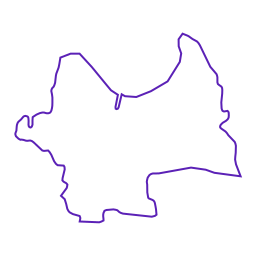 outline of South Tipperary
{"feature_id": "IRL-5572", "entity_name": "South Tipperary", "entity_type": "County", "adm_level": 1, "iso_a3": "IRL", "parent_name": "Ireland", "parent_adm1": "", "projection": "mercator", "projection_center": [-7.948, 52.469], "detail": "fine", "context": "isolated", "style": "outline", "palette": "violet", "viewbox_px": 256, "rotation_deg": 0, "n_neighbors": 0, "source": "natural_earth", "source_scale": "10m", "svg_char_len": 2496}
<svg xmlns="http://www.w3.org/2000/svg" viewBox="0 0 256 256"><path d="M240.6,176.3L214.4,172.8L205.7,169.7L191.0,167.6L158.8,173.4L152.7,173.5L151.1,174.0L149.5,175.0L147.7,177.6L147.1,179.9L146.8,181.8L147.2,184.6L147.3,192.4L148.2,197.7L148.8,198.4L152.4,199.9L153.4,200.5L154.2,201.4L154.7,202.5L155.0,203.7L155.5,206.3L156.0,209.2L156.5,214.7L154.9,215.9L151.8,216.7L122.9,213.6L120.6,212.8L119.1,211.9L117.4,210.3L115.8,209.8L113.4,209.4L106.4,210.0L104.5,210.8L103.5,213.0L103.2,214.7L103.2,216.3L103.5,219.1L103.5,220.5L101.3,221.6L99.2,222.3L79.7,221.5L80.3,218.4L80.2,217.4L79.6,216.0L72.9,214.1L69.6,212.3L68.4,210.9L67.3,208.8L66.2,204.0L64.7,199.2L61.0,195.8L66.7,188.0L67.1,186.5L67.4,184.6L66.7,183.7L65.8,182.9L64.6,182.3L63.5,181.6L62.4,180.4L62.6,178.1L64.7,169.4L64.5,167.0L63.7,165.6L57.6,165.2L55.9,163.8L54.1,161.2L51.3,154.8L49.6,152.1L48.1,150.5L44.0,150.9L42.3,150.5L33.6,142.3L31.8,141.0L30.1,140.5L27.4,140.8L26.0,140.7L23.5,139.9L21.5,139.6L20.5,139.6L20.4,139.7L19.7,139.4L18.5,138.7L16.0,136.3L15.4,134.6L15.4,133.3L16.4,130.6L16.7,126.7L16.9,125.1L17.3,123.8L17.8,122.6L18.5,121.7L21.1,119.4L23.1,117.0L23.6,116.5L24.4,116.1L25.5,115.9L26.6,116.2L27.5,116.5L28.0,117.0L28.2,117.4L28.4,118.2L28.5,119.4L28.6,120.9L28.5,124.8L28.8,126.3L29.5,127.2L30.7,127.5L31.8,126.6L32.5,124.7L32.5,120.3L32.7,117.2L33.0,116.9L36.5,114.6L39.9,113.1L42.5,112.5L43.9,112.5L46.3,113.2L47.6,113.3L48.7,113.2L49.7,112.8L50.2,112.5L50.6,112.0L50.9,111.5L51.4,110.5L52.0,108.0L52.3,105.8L52.4,103.0L52.4,97.6L52.0,94.4L51.3,91.0L51.6,89.4L52.2,88.2L53.7,86.6L54.4,85.0L55.1,82.8L55.9,75.7L56.3,73.7L58.6,67.6L59.3,64.2L60.4,57.6L70.5,53.7L79.6,53.7L91.8,67.0L107.0,85.5L111.0,90.3L117.9,94.8L115.5,107.0L115.7,108.7L116.6,109.1L117.8,108.7L118.6,107.4L121.7,94.3L125.0,96.2L136.3,97.0L150.9,91.2L167.6,81.4L179.8,61.9L181.2,53.4L178.7,46.3L178.6,39.3L182.6,33.7L187.4,35.6L188.6,36.2L192.5,39.0L196.9,41.4L197.7,42.2L198.5,43.1L199.9,45.3L210.3,66.8L216.5,74.1L217.0,75.4L217.4,77.2L217.4,82.3L217.9,84.0L219.1,85.0L221.4,86.6L222.1,88.0L222.3,90.0L222.2,93.6L221.3,102.4L221.6,108.3L222.0,109.8L222.6,110.9L224.0,111.5L227.5,110.9L228.3,111.7L228.7,112.8L228.8,115.6L228.7,116.7L228.6,117.6L228.2,118.4L227.7,119.3L225.9,120.9L222.7,122.8L221.2,124.3L220.5,125.2L220.1,126.3L220.2,127.5L221.3,128.6L225.5,131.5L227.0,133.2L228.3,135.2L234.7,141.9L235.4,143.6L235.9,145.8L235.7,152.9L235.3,156.5L235.1,159.6L236.0,164.3L240.6,176.3Z" fill="none" stroke="#5b21b6" stroke-width="2"/></svg>